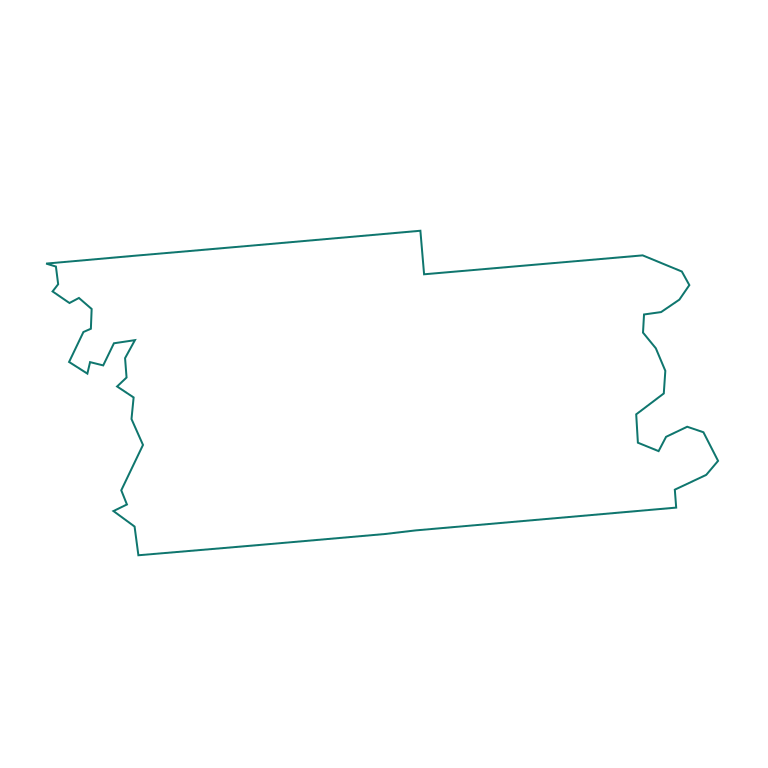 outline of Seminole, Oklahoma, United States of America, rotated 265°
{"feature_id": "52423323B44953596645319", "entity_name": "Seminole", "entity_type": "district", "adm_level": 2, "iso_a3": "USA", "parent_name": "United States of America", "parent_adm1": "Oklahoma", "projection": "robinson", "projection_center": [-96.601, 35.162], "detail": "fine", "context": "isolated", "style": "outline", "palette": "teal", "viewbox_px": 768, "rotation_deg": 265, "n_neighbors": 0, "source": "geoboundaries", "source_scale": "gbopen_adm2", "svg_char_len": 802}
<svg xmlns="http://www.w3.org/2000/svg" viewBox="0 0 768 768"><g transform="rotate(265 384 384)"><path d="M371.1,129.4L344.3,138.6L301.0,113.0L286.4,117.4L281.0,103.4L263.7,123.1L234.8,124.4L234.5,247.6L234.5,371.8L235.4,402.8L235.4,664.3L253.4,664.5L265.4,697.1L278.3,710.1L308.1,698.0L315.0,682.3L306.8,660.4L293.2,651.7L303.4,631.8L331.8,632.6L350.2,661.9L372.6,665.4L395.9,657.9L412.6,646.5L430.6,649.1L431.5,666.3L442.3,685.6L455.9,696.8L470.1,690.5L489.6,652.9L489.8,433.5L533.5,433.6L533.4,247.4L533.5,143.8L533.4,57.9L529.6,67.4L511.8,68.1L505.1,61.9L492.1,77.7L496.3,87.6L484.2,99.3L464.6,96.8L462.0,89.1L433.4,72.2L420.2,89.4L431.4,93.1L427.0,105.9L448.1,118.5L449.4,139.7L432.3,128.3L412.9,128.1L404.8,117.9L392.4,133.4L371.1,129.4Z" fill="none" stroke="#0f766e" stroke-width="2"/></g></svg>